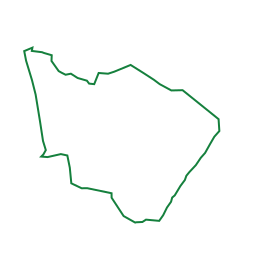 Remo North, Ogun, Nigeria (Albers equal-area conic projection), rotated 259°
{"feature_id": "59680162B54973397451304", "entity_name": "Remo North", "entity_type": "district", "adm_level": 2, "iso_a3": "NGA", "parent_name": "Nigeria", "parent_adm1": "Ogun", "projection": "albers", "projection_center": [3.74, 7.002], "detail": "fine", "context": "isolated", "style": "outline", "palette": "green", "viewbox_px": 256, "rotation_deg": 259, "n_neighbors": 0, "source": "geoboundaries", "source_scale": "gbopen_adm2", "svg_char_len": 900}
<svg xmlns="http://www.w3.org/2000/svg" viewBox="0 0 256 256"><g transform="rotate(259 128 128)"><path d="M223.3,40.8L221.7,40.8L221.1,40.8L213.5,40.8L193.1,42.9L178.4,43.7L151.5,42.9L131.5,42.1L122.0,43.1L118.2,39.9L116.5,37.4L114.8,43.5L115.2,57.1L112.6,63.2L100.2,63.3L84.5,61.8L77.7,71.0L76.7,76.5L67.1,99.4L62.7,98.6L42.4,106.9L33.8,117.0L33.9,117.9L33.0,124.2L34.6,128.2L30.9,140.9L35.7,145.9L42.5,151.1L47.4,156.2L51.3,158.1L52.9,161.0L61.1,168.4L66.1,173.9L70.0,176.2L73.0,179.8L78.6,187.5L84.9,193.8L88.8,198.9L96.6,205.5L103.0,211.1L107.6,217.1L119.4,218.6L154.7,188.8L156.6,177.7L165.0,167.5L170.4,162.6L178.8,153.9L189.4,142.6L185.9,125.2L185.1,118.8L187.6,109.7L177.5,103.2L179.0,98.3L182.3,96.7L186.7,88.1L192.2,82.3L192.2,76.9L194.9,73.4L197.1,70.8L208.4,65.7L214.0,67.0L217.7,59.8L218.8,58.1L222.0,48.3L225.1,49.5L223.3,40.8Z" fill="none" stroke="#15803d" stroke-width="2"/></g></svg>